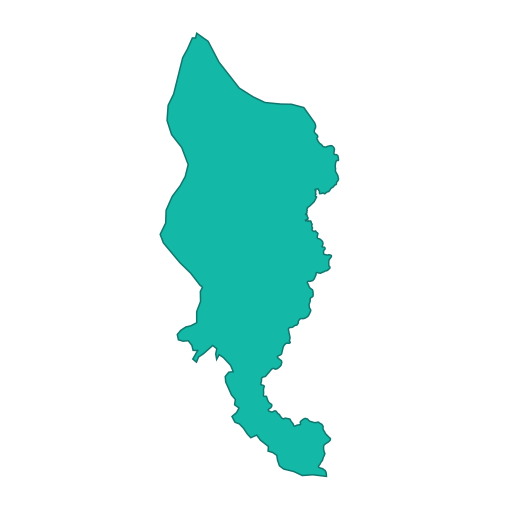 outline of Taehongdan, Ryanggang, North Korea, rotated 104°
{"feature_id": "82179303B43556128459055", "entity_name": "Taehongdan", "entity_type": "district", "adm_level": 2, "iso_a3": "PRK", "parent_name": "North Korea", "parent_adm1": "Ryanggang", "projection": "natural_earth1", "projection_center": [128.799, 41.972], "detail": "fine", "context": "isolated", "style": "filled", "palette": "teal", "viewbox_px": 512, "rotation_deg": 104, "n_neighbors": 0, "source": "geoboundaries", "source_scale": "gbopen_adm2", "svg_char_len": 6163}
<svg xmlns="http://www.w3.org/2000/svg" viewBox="0 0 512 512"><g transform="rotate(104 256 256)"><path d="M452.8,134.3L449.7,135.3L448.4,136.1L447.3,137.2L447.1,137.7L447.1,138.2L446.6,139.0L446.2,140.0L446.2,142.1L445.8,144.0L445.5,144.4L444.5,144.5L443.0,143.7L440.5,143.1L438.2,142.1L435.3,142.0L432.9,141.5L431.0,141.4L430.8,141.4L430.1,142.2L427.0,143.7L424.6,144.3L423.2,144.3L422.9,144.2L421.6,143.3L419.2,141.0L417.9,140.0L416.8,139.5L416.2,139.4L415.5,139.5L414.7,140.2L414.3,141.2L411.5,145.7L410.0,146.9L408.4,148.6L407.1,149.3L405.4,149.6L404.3,150.3L403.3,151.7L402.7,154.1L402.1,155.1L402.3,156.0L403.3,157.9L403.5,159.3L403.5,160.8L403.3,163.9L403.1,164.6L401.9,166.3L401.7,166.8L401.6,168.1L401.7,169.0L402.2,169.8L403.4,171.1L404.8,172.1L406.0,172.8L407.0,172.8L408.1,172.1L408.7,172.2L409.1,172.6L410.1,175.1L411.7,177.2L411.8,177.8L411.3,178.5L410.4,179.0L409.7,179.6L407.9,182.0L406.2,183.4L406.1,183.7L406.0,184.6L406.1,186.0L406.2,188.2L406.3,188.6L407.3,189.8L407.4,190.7L407.1,191.4L406.2,192.9L404.1,195.1L403.5,196.9L401.9,198.7L401.6,199.5L401.7,200.1L401.9,200.7L403.3,202.3L403.6,202.9L403.4,205.8L403.1,206.4L402.6,206.8L402.0,206.9L401.6,206.6L399.7,205.0L398.6,204.5L397.5,204.4L396.4,204.8L396.2,205.0L395.2,207.7L394.4,208.7L393.1,209.8L389.7,211.9L389.7,212.7L390.2,213.7L390.1,214.6L390.0,214.8L388.8,215.3L387.6,215.3L383.6,216.5L380.4,216.5L380.0,216.8L379.8,217.4L379.7,219.7L379.2,220.4L375.5,220.5L373.8,221.0L372.6,220.7L371.9,220.1L370.6,217.8L370.0,217.4L367.5,216.2L366.1,215.4L363.2,214.1L361.6,213.1L360.9,212.1L360.8,211.4L361.2,209.8L360.3,208.3L359.4,207.4L357.1,205.8L356.0,205.3L353.2,205.2L351.9,205.7L351.4,206.2L350.1,209.1L349.4,210.3L349.2,210.7L348.8,210.9L347.6,210.4L346.1,208.4L345.4,207.8L344.5,207.5L337.9,207.6L336.8,207.4L335.1,206.8L333.8,205.9L333.3,205.3L332.9,204.3L332.7,202.8L332.3,202.2L331.8,201.9L331.2,202.0L331.0,202.7L330.5,203.0L327.0,203.2L319.7,206.7L319.0,206.9L318.4,206.8L317.5,206.3L317.2,205.9L316.5,203.7L315.4,202.5L314.2,201.8L313.2,199.8L312.7,199.4L310.6,198.7L309.5,199.1L308.4,199.0L306.4,198.0L306.0,197.5L305.7,196.7L305.4,195.0L304.6,193.6L304.0,192.9L302.7,191.6L301.7,190.9L300.5,190.5L299.3,190.2L296.4,189.7L295.5,189.7L294.7,190.2L293.4,191.6L290.4,192.8L286.8,192.5L284.3,193.1L284.0,193.0L283.2,192.7L281.8,191.2L281.3,191.0L280.2,191.1L278.2,191.6L276.6,192.2L275.5,192.8L275.0,193.3L274.3,195.3L273.3,196.7L272.4,197.5L270.8,198.4L270.1,199.4L269.0,199.9L268.6,199.8L268.0,199.4L267.8,199.1L267.8,198.2L267.4,197.4L267.3,197.0L267.0,196.4L266.6,196.3L266.4,196.0L266.3,195.2L266.1,195.0L264.2,194.0L263.3,193.8L262.0,193.7L259.9,193.2L258.2,193.5L257.6,193.4L257.3,192.9L257.2,191.9L257.4,190.9L257.1,189.8L257.1,189.1L256.2,188.2L254.8,186.2L253.8,185.3L253.2,183.8L252.8,183.4L251.8,182.5L251.3,182.4L250.9,181.9L250.0,181.4L249.2,181.5L248.7,181.7L247.9,183.0L243.7,184.1L241.8,184.1L239.4,183.0L238.2,182.7L237.3,183.0L237.1,184.0L237.1,185.4L237.2,185.8L237.7,186.5L237.9,187.5L237.9,190.2L237.8,190.6L237.7,190.8L236.4,191.3L234.7,191.6L233.7,191.4L232.9,190.8L231.8,190.8L231.3,191.2L231.0,191.6L231.0,192.3L231.2,193.5L231.0,194.0L230.8,194.2L228.3,193.9L227.0,194.3L226.2,194.7L225.0,196.1L224.2,197.8L224.0,198.7L224.1,199.9L223.6,200.9L223.2,201.1L221.9,201.3L219.3,201.3L218.7,201.9L218.4,203.1L217.7,203.7L217.3,204.2L217.3,204.5L218.0,205.5L218.1,205.8L218.0,206.6L217.4,207.7L217.1,207.9L216.5,208.1L215.2,207.9L214.1,208.8L212.8,209.3L211.6,209.2L211.3,209.4L211.2,209.9L210.7,210.2L209.1,211.0L208.8,211.6L209.2,212.1L209.1,213.3L209.2,213.5L209.6,213.5L209.8,213.9L209.4,215.0L209.9,216.1L209.7,216.6L209.3,216.6L208.4,215.9L208.1,215.5L208.1,215.1L207.9,214.8L207.7,214.6L206.9,214.6L206.1,214.9L205.5,215.6L204.9,216.1L204.0,216.3L203.6,217.0L203.7,217.9L203.1,217.9L202.7,217.4L201.8,217.0L200.5,217.5L199.6,217.3L198.4,218.0L197.4,217.6L196.6,217.8L194.7,216.1L190.1,213.2L189.2,212.7L188.0,212.4L184.3,211.5L183.9,211.6L183.8,212.4L183.7,212.7L183.4,212.9L182.6,213.1L181.9,212.8L181.4,212.8L180.7,213.5L178.2,213.7L178.0,214.5L177.8,214.7L177.1,214.7L176.8,214.5L176.6,214.0L176.3,212.7L175.8,212.3L175.9,211.8L177.1,211.0L178.1,209.9L179.4,209.8L180.1,209.3L179.6,207.7L178.7,206.4L178.7,205.9L179.0,204.8L179.0,204.4L178.8,204.1L177.3,203.1L176.7,202.5L176.1,201.4L175.8,201.1L175.0,200.5L172.4,199.7L171.3,198.8L170.9,198.2L169.9,197.6L167.9,196.6L167.5,195.8L167.1,195.5L166.7,195.4L165.3,195.7L164.3,195.4L163.1,194.7L161.8,194.5L161.1,194.7L158.3,196.0L154.6,199.4L153.5,199.7L151.7,200.0L150.1,200.8L149.1,201.0L146.2,201.3L144.3,201.1L143.8,200.8L143.6,199.6L143.3,199.2L142.0,199.4L139.3,200.6L138.6,201.3L138.2,202.5L138.5,204.1L138.3,204.9L138.0,205.1L136.8,205.4L133.8,205.6L133.0,205.9L131.9,206.8L130.8,208.6L130.7,209.3L130.8,210.2L132.4,213.3L133.2,214.2L133.4,214.7L133.7,216.3L133.6,217.1L133.3,217.8L132.3,219.0L131.6,220.5L131.5,221.2L130.5,222.5L129.2,223.9L128.3,224.5L127.6,225.3L126.6,225.4L125.7,224.9L125.4,224.9L124.4,225.4L124.0,225.8L122.5,228.5L121.2,229.6L119.6,229.8L119.2,229.6L118.2,229.6L117.3,229.2L114.8,229.8L113.3,230.8L112.4,231.5L100.4,245.5L100.2,258.4L102.6,268.8L104.9,284.4L102.3,297.3L97.1,312.9L76.9,338.8L59.3,354.4L54.2,367.4L59.1,367.4L59.8,370.5L71.5,372.5L81.4,375.1L118.7,375.1L131.1,377.7L146.0,375.1L158.6,367.3L168.7,354.3L183.7,343.9L196.1,343.9L206.1,346.5L218.4,351.7L233.3,354.3L245.8,351.6L258.2,354.2L265.7,349.0L280.8,328.3L288.4,315.3L298.3,302.7L298.2,301.7L299.6,300.4L303.9,301.4L313.6,298.8L324.4,300.1L335.1,297.4L339.6,302.5L341.9,307.0L346.3,311.0L351.2,313.4L356.1,311.0L356.3,306.2L354.6,301.2L358.2,296.6L362.8,294.2L361.8,289.7L371.3,292.4L373.4,288.1L367.9,287.3L363.5,283.3L353.3,276.4L355.4,271.6L360.7,271.4L365.8,269.2L360.7,267.9L362.4,263.1L368.3,254.1L373.8,250.1L375.3,254.3L380.4,256.7L385.6,254.9L396.8,246.1L400.2,241.3L405.5,240.8L407.6,235.7L412.7,237.0L417.5,240.5L422.4,236.2L423.0,231.4L426.2,226.4L430.6,221.6L433.6,217.1L429.6,212.0L433.6,207.2L437.8,197.9L442.4,197.1L442.6,192.3L444.4,187.6L449.0,185.7L453.9,182.5L456.0,177.7L456.0,167.1L457.8,158.0L454.5,147.9L452.8,134.3Z" fill="#14b8a6" stroke="#0f766e" stroke-width="1.5"/></g></svg>